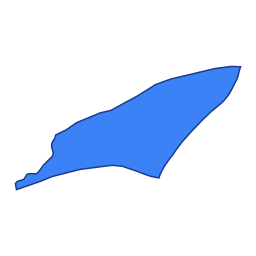 outline of San Martín Zapotitlán, Retalhuleu, Guatemala
{"feature_id": "79465075B10941026506975", "entity_name": "San Martín Zapotitlán", "entity_type": "district", "adm_level": 2, "iso_a3": "GTM", "parent_name": "Guatemala", "parent_adm1": "Retalhuleu", "projection": "albers", "projection_center": [-91.598, 14.614], "detail": "fine", "context": "isolated", "style": "filled", "palette": "blue", "viewbox_px": 256, "rotation_deg": 0, "n_neighbors": 0, "source": "geoboundaries", "source_scale": "gbopen_adm2", "svg_char_len": 848}
<svg xmlns="http://www.w3.org/2000/svg" viewBox="0 0 256 256"><path d="M240.6,66.8L231.4,66.4L215.2,68.5L170.8,79.0L155.5,84.6L137.4,96.0L126.5,101.8L110.9,110.4L100.1,112.9L76.5,122.7L66.3,129.8L55.7,135.0L55.0,137.8L53.9,139.7L52.6,141.6L51.6,144.2L51.7,147.0L53.3,153.2L52.4,156.2L43.5,165.1L41.6,167.7L40.3,169.6L38.3,172.2L36.6,173.6L34.6,173.8L29.7,173.6L26.9,174.4L25.2,177.2L23.8,179.4L17.3,181.4L15.4,183.6L16.5,189.6L40.8,181.2L51.9,176.6L80.0,169.4L112.0,165.3L122.2,166.2L136.2,171.0L143.7,173.9L151.6,176.6L156.7,177.5L159.0,177.9L159.7,175.5L161.5,171.6L164.3,166.4L169.0,159.6L172.5,155.3L176.0,150.0L182.0,142.0L191.0,131.9L202.3,120.1L210.6,112.1L217.1,106.7L220.7,103.7L223.5,101.1L226.4,97.6L228.8,94.5L230.9,90.9L234.5,83.9L236.6,79.9L238.2,75.7L239.2,70.9L240.6,66.8Z" fill="#3b82f6" stroke="#1e3a8a" stroke-width="1.5"/></svg>